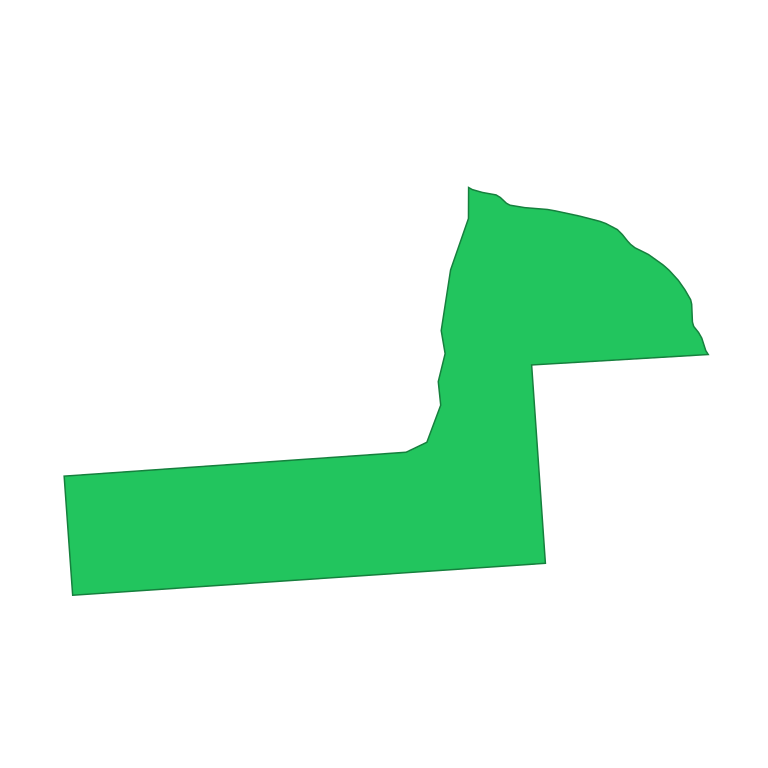 outline of Pepin, Wisconsin, United States of America, rotated 176°
{"feature_id": "52423323B37553919302719", "entity_name": "Pepin", "entity_type": "district", "adm_level": 2, "iso_a3": "USA", "parent_name": "United States of America", "parent_adm1": "Wisconsin", "projection": "mercator", "projection_center": [-92.145, 44.546], "detail": "fine", "context": "isolated", "style": "filled", "palette": "green", "viewbox_px": 768, "rotation_deg": 176, "n_neighbors": 0, "source": "geoboundaries", "source_scale": "gbopen_adm2", "svg_char_len": 710}
<svg xmlns="http://www.w3.org/2000/svg" viewBox="0 0 768 768"><g transform="rotate(176 384 384)"><path d="M709.3,195.0L235.5,193.9L235.4,392.7L58.5,390.8L60.7,394.9L63.8,407.6L66.6,413.4L71.0,419.8L71.4,421.4L72.0,424.4L71.5,442.1L72.2,446.6L77.2,456.9L83.2,466.9L91.6,477.5L97.1,483.1L111.1,494.7L124.2,502.4L128.3,506.1L131.1,509.6L135.7,516.3L140.4,521.7L151.5,528.6L157.3,531.2L176.7,537.7L201.2,544.8L208.8,546.7L231.2,550.1L245.9,553.6L249.3,555.8L254.9,561.9L259.0,564.8L272.4,568.2L282.4,571.8L285.9,574.1L288.2,543.2L309.6,493.2L323.2,433.3L320.9,410.0L329.7,382.6L328.9,358.9L345.3,322.9L366.7,314.4L472.2,314.4L709.5,314.4L709.3,195.0Z" fill="#22c55e" stroke="#15803d" stroke-width="1.5"/></g></svg>